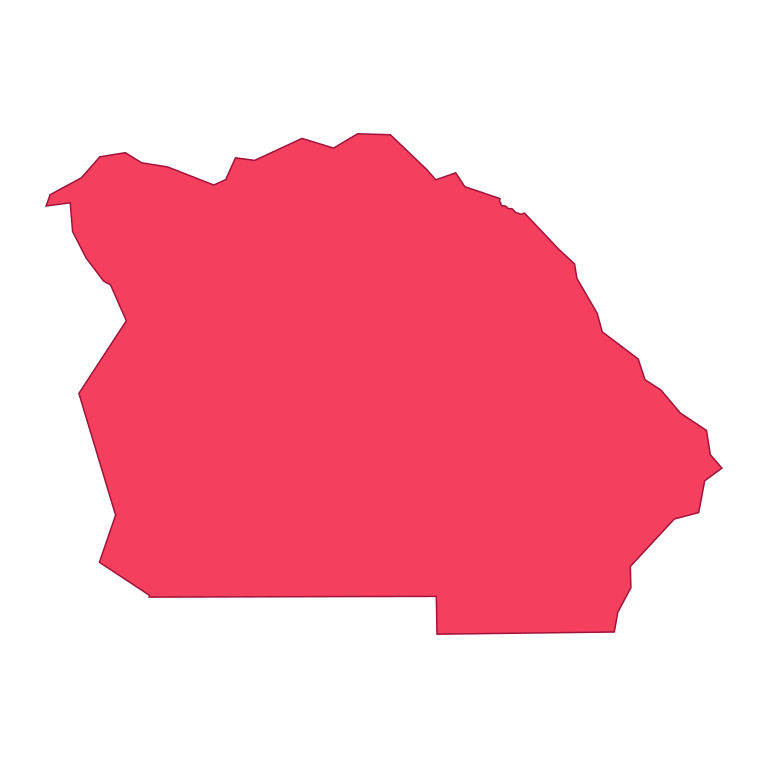 the district of Citrus, Florida, United States of America
{"feature_id": "52423323B9967886911021", "entity_name": "Citrus", "entity_type": "district", "adm_level": 2, "iso_a3": "USA", "parent_name": "United States of America", "parent_adm1": "Florida", "projection": "mercator", "projection_center": [-82.446, 28.857], "detail": "fine", "context": "isolated", "style": "filled", "palette": "rose", "viewbox_px": 768, "rotation_deg": 0, "n_neighbors": 0, "source": "geoboundaries", "source_scale": "gbopen_adm2", "svg_char_len": 986}
<svg xmlns="http://www.w3.org/2000/svg" viewBox="0 0 768 768"><path d="M46.1,206.0L70.2,202.8L72.6,231.6L86.2,258.1L103.5,281.0L110.6,285.0L126.3,320.8L78.9,393.4L115.6,515.2L99.4,562.3L149.4,595.3L149.2,597.1L334.3,596.6L436.3,596.4L437.0,634.2L614.3,632.0L617.8,612.2L630.9,587.7L630.3,566.5L674.3,519.0L698.7,512.6L704.7,480.8L721.9,468.2L710.3,454.6L706.5,430.5L680.3,413.0L660.9,390.0L645.0,379.7L638.2,359.0L602.2,331.8L597.3,313.5L576.9,278.3L574.6,264.0L558.6,249.1L524.6,213.2L524.0,213.1L522.8,213.9L519.7,214.1L518.4,213.2L516.6,213.0L515.5,212.4L514.3,210.9L511.9,208.7L508.6,208.5L507.4,208.0L505.9,206.2L504.7,205.9L502.1,205.8L501.4,205.5L500.8,204.6L500.8,202.8L499.6,201.8L500.0,198.6L464.8,186.7L455.7,172.8L435.8,179.8L426.4,169.2L390.3,134.7L357.5,133.8L333.5,148.1L302.0,138.4L254.6,160.4L235.5,157.8L225.7,179.6L213.7,185.0L167.8,167.0L141.7,162.8L125.3,152.7L99.8,156.8L81.4,177.8L50.1,194.7L46.1,206.0Z" fill="#f43f5e" stroke="#9f1239" stroke-width="1.5"/></svg>